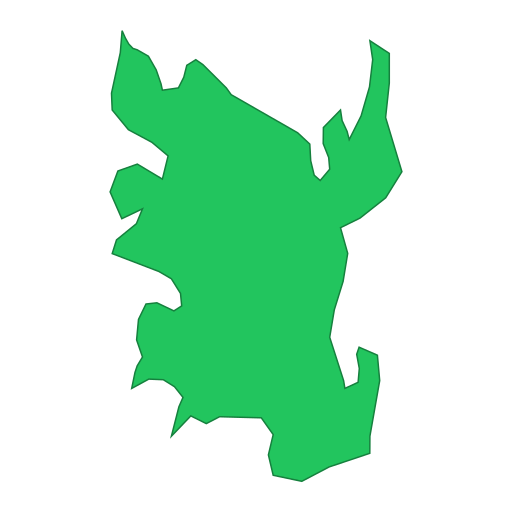 map outline of Kaskazini-Pemba (Mercator projection)
{"feature_id": "TZA-3380", "entity_name": "Kaskazini-Pemba", "entity_type": "Region", "adm_level": 1, "iso_a3": "TZA", "parent_name": "United Republic of Tanzania", "parent_adm1": "", "projection": "mercator", "projection_center": [39.766, -5.046], "detail": "fine", "context": "isolated", "style": "filled", "palette": "green", "viewbox_px": 512, "rotation_deg": 0, "n_neighbors": 0, "source": "natural_earth", "source_scale": "10m", "svg_char_len": 1285}
<svg xmlns="http://www.w3.org/2000/svg" viewBox="0 0 512 512"><path d="M206.3,423.6L190.8,415.9L171.4,436.2L178.9,406.8L183.0,397.4L174.5,386.7L163.3,379.7L148.8,379.1L131.7,388.4L135.0,372.4L137.2,365.8L142.5,357.0L136.6,339.9L138.5,319.4L146.0,304.0L156.9,302.8L173.9,310.9L181.7,305.9L180.5,293.4L171.4,278.8L158.9,271.5L112.2,253.6L116.5,239.9L136.4,223.7L142.5,208.8L121.8,218.7L110.1,191.9L117.9,171.0L137.3,164.1L162.4,179.1L168.1,155.9L151.9,142.3L128.4,129.7L112.2,110.0L111.5,93.2L120.3,52.7L122.1,30.7L125.4,38.1L128.8,44.1L132.9,48.4L137.2,49.8L148.4,56.2L156.2,69.9L161.0,83.8L162.4,90.2L178.4,87.9L183.8,77.2L186.8,65.3L195.8,59.7L203.0,64.7L226.3,87.9L231.2,94.7L297.7,132.8L309.8,144.1L310.7,160.7L314.2,175.2L320.2,180.5L329.7,169.2L328.7,157.5L323.2,143.6L323.4,127.5L340.5,110.0L342.1,120.6L347.1,131.4L349.2,139.6L361.1,115.9L369.5,86.9L372.7,59.6L369.9,40.7L389.3,53.4L389.3,83.0L385.6,117.5L401.9,171.7L385.7,197.8L360.0,218.1L340.5,227.7L347.7,253.4L343.1,281.4L334.3,309.8L329.7,337.3L343.6,380.6L344.9,388.4L358.1,382.3L359.3,368.5L356.7,354.3L359.1,347.2L377.4,355.2L379.7,380.6L369.9,436.2L369.8,453.3L329.2,466.9L301.8,481.3L273.2,475.3L268.4,454.9L273.2,434.6L261.3,417.8L219.6,416.7L206.3,423.6Z" fill="#22c55e" stroke="#15803d" stroke-width="1.5"/></svg>